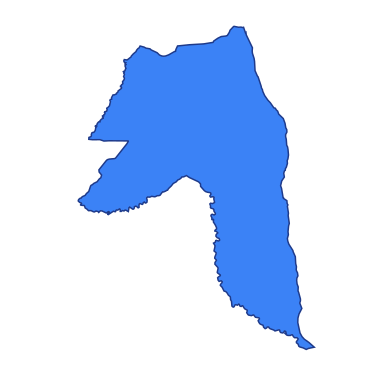 Lisala, Équateur, Democratic Republic of the Congo, rotated 267°
{"feature_id": "63176286B55618881730154", "entity_name": "Lisala", "entity_type": "district", "adm_level": 2, "iso_a3": "COD", "parent_name": "Democratic Republic of the Congo", "parent_adm1": "Équateur", "projection": "orthographic", "projection_center": [20.812, 2.549], "detail": "fine", "context": "isolated", "style": "filled", "palette": "blue", "viewbox_px": 384, "rotation_deg": 267, "n_neighbors": 0, "source": "geoboundaries", "source_scale": "gbopen_adm2", "svg_char_len": 6014}
<svg xmlns="http://www.w3.org/2000/svg" viewBox="0 0 384 384"><g transform="rotate(267 192 192)"><path d="M353.8,252.1L353.6,251.1L354.1,249.6L354.1,247.1L355.2,242.8L355.1,242.2L351.6,238.5L349.5,237.6L346.5,235.5L346.0,234.0L345.7,229.3L344.3,226.0L341.8,221.8L340.3,220.8L339.3,211.4L339.2,197.4L338.6,185.2L335.2,183.4L333.3,182.9L333.3,182.1L330.2,175.9L329.2,172.7L329.1,170.8L329.4,169.0L330.5,166.7L332.9,164.5L336.0,158.7L337.2,157.5L338.1,153.5L339.2,151.8L340.5,147.8L338.7,146.7L338.0,145.5L336.4,144.0L335.2,143.5L333.0,140.6L330.9,138.5L330.1,138.2L327.5,134.5L327.3,133.8L327.8,131.3L326.7,130.8L325.6,130.9L324.9,131.6L324.5,132.7L323.6,131.8L322.7,131.9L322.6,132.6L321.4,131.7L318.8,132.5L318.2,131.9L316.7,131.5L315.8,129.7L315.4,129.9L315.0,130.6L314.1,130.1L313.0,130.7L310.8,129.7L309.3,130.5L307.8,130.1L305.8,128.4L303.8,128.6L302.6,127.1L302.0,126.9L301.5,126.1L300.9,126.1L300.5,126.9L299.9,127.1L299.1,126.9L296.8,123.5L295.8,123.3L294.5,121.7L293.9,121.7L293.1,119.6L293.1,118.2L290.5,116.6L288.8,116.6L288.6,115.2L287.7,114.8L286.5,115.3L282.4,114.1L280.8,112.4L280.2,111.3L279.7,111.2L279.0,111.6L277.2,111.0L276.7,109.1L276.1,108.8L275.8,109.2L274.6,109.1L273.6,107.9L272.7,107.9L272.7,106.8L272.1,107.0L271.6,106.5L270.9,107.2L270.3,107.2L269.5,105.4L267.9,103.8L267.0,103.9L266.9,102.4L265.4,101.0L263.7,100.4L263.1,99.0L262.5,98.9L262.1,100.0L261.5,99.3L258.5,98.6L256.7,97.1L256.7,96.0L256.2,95.0L254.4,94.4L253.5,94.5L252.6,94.0L251.9,91.9L250.0,91.7L249.4,95.4L249.1,102.7L247.5,106.7L247.5,112.2L246.4,130.0L246.3,130.9L245.9,131.0L243.7,129.6L229.7,117.3L229.4,116.1L229.2,111.1L228.7,109.1L227.7,107.9L219.0,100.2L216.8,100.3L213.7,102.6L211.0,101.7L210.0,100.2L207.2,97.8L205.6,94.1L204.6,93.1L204.1,91.8L203.4,91.1L197.9,88.9L196.0,86.5L194.2,85.1L193.1,82.2L191.7,80.9L191.7,80.1L190.7,78.7L189.7,78.0L188.8,78.0L187.5,79.3L186.8,80.8L186.2,81.1L185.2,80.1L184.8,80.1L184.4,81.5L184.2,83.5L183.8,83.9L181.6,84.5L180.5,86.1L178.8,87.6L178.7,90.2L177.4,92.5L177.2,93.6L178.0,95.2L177.3,97.3L176.5,97.8L178.0,99.5L177.8,101.1L175.5,105.3L176.8,107.4L176.4,108.3L175.9,108.3L174.7,106.8L174.1,106.7L173.8,107.2L176.9,112.5L176.3,114.3L176.5,114.7L177.5,115.0L178.0,115.6L177.8,116.5L178.1,117.5L178.9,118.6L178.7,119.1L178.1,119.4L176.4,119.3L176.3,120.2L177.1,121.4L176.6,123.1L177.3,123.9L177.4,124.8L175.8,127.4L179.7,128.3L180.2,129.0L178.0,131.8L178.0,132.8L179.2,133.6L180.3,133.7L180.8,134.8L180.5,136.0L179.3,136.9L179.0,137.5L179.4,138.3L181.9,138.4L182.8,138.8L183.2,139.5L182.2,141.6L182.6,142.3L183.8,142.7L184.5,143.8L183.5,144.7L183.4,145.3L184.2,146.5L186.4,146.8L187.6,146.4L188.6,146.5L189.3,147.3L189.1,149.7L189.8,151.6L189.2,154.2L189.3,155.3L190.1,157.0L190.1,158.8L190.5,160.0L193.0,162.0L193.7,162.8L193.5,163.5L194.3,165.8L195.0,166.9L195.1,167.7L196.6,168.7L199.2,171.7L201.5,173.7L203.0,176.8L204.7,178.4L205.4,180.2L206.4,181.7L207.5,182.6L207.6,184.6L208.7,187.3L206.6,190.1L201.8,199.1L199.7,200.9L197.1,200.9L196.6,201.3L192.8,204.3L191.7,205.6L190.9,207.6L190.4,210.1L190.0,210.6L188.8,210.8L187.1,209.6L186.2,210.0L185.9,210.4L186.2,211.9L186.0,213.2L185.5,213.7L183.9,213.4L180.6,214.0L179.9,213.2L179.4,211.9L179.8,209.9L179.1,209.2L177.1,209.8L175.5,209.6L175.0,209.9L174.0,212.4L173.3,212.9L171.8,212.9L169.5,214.2L168.6,214.1L167.9,212.8L168.7,211.3L168.6,210.6L167.8,209.7L166.7,209.8L165.4,210.5L163.5,210.4L163.2,210.8L163.6,211.7L163.2,212.1L160.9,211.8L158.1,213.4L155.2,214.6L153.8,214.6L152.5,212.9L151.7,212.9L151.7,213.5L151.0,214.6L149.8,215.6L148.4,214.0L147.7,213.7L146.5,213.6L145.0,214.8L144.2,216.6L142.6,217.1L142.0,216.6L141.7,215.7L142.5,213.7L142.3,213.2L140.7,212.6L139.8,210.8L137.4,212.1L136.0,212.0L132.0,210.9L130.1,212.9L129.0,212.8L125.6,211.3L124.5,211.3L123.1,212.6L122.5,212.8L120.5,211.3L118.7,211.1L115.2,213.9L114.2,214.0L110.5,213.0L109.7,213.4L107.7,215.9L107.0,215.9L105.6,213.7L105.0,213.1L102.5,213.5L101.3,214.4L101.8,216.4L101.0,217.4L100.0,217.3L98.2,215.6L97.2,215.4L95.3,217.1L91.4,218.8L90.9,220.3L89.9,221.4L87.0,223.0L85.7,224.5L85.1,224.8L82.4,224.9L80.8,225.7L76.0,225.9L75.2,226.6L74.9,227.3L75.2,228.0L77.0,229.1L77.2,229.9L76.6,231.4L77.6,232.8L77.2,233.4L75.9,233.7L75.4,234.2L75.1,235.1L75.8,236.2L75.7,236.7L72.7,238.4L71.1,240.9L70.5,241.0L68.6,240.3L66.6,241.5L66.1,242.1L65.4,244.9L66.0,246.6L65.9,247.2L63.6,248.8L62.9,252.1L62.4,252.6L61.7,252.7L60.0,251.3L58.5,251.9L57.0,252.7L56.3,253.6L55.2,256.0L53.3,256.4L51.7,257.9L52.3,259.4L53.1,259.9L53.3,260.8L53.1,261.5L52.0,262.1L51.3,263.0L49.9,266.4L48.9,267.6L49.8,271.8L49.3,272.4L48.1,272.5L47.1,273.1L46.5,274.9L46.7,275.8L47.1,276.3L48.3,277.0L48.1,277.8L47.7,278.3L46.0,278.6L46.0,277.4L44.2,279.1L43.7,280.4L43.6,282.8L44.2,284.1L44.1,284.8L42.1,285.8L41.1,286.9L41.0,289.2L39.9,290.3L39.3,290.2L37.1,288.4L36.0,288.4L34.5,290.0L32.4,290.6L31.6,291.6L30.5,294.9L28.8,297.8L29.7,300.1L30.6,306.0L35.6,300.9L39.1,296.5L41.8,294.3L45.6,292.5L56.1,290.8L60.6,291.2L64.6,292.5L70.0,295.6L75.5,293.8L77.6,294.6L79.5,294.7L86.4,293.2L87.6,292.7L91.6,293.1L94.8,292.1L98.2,291.9L100.5,292.2L102.7,293.4L105.9,293.1L107.6,292.3L109.0,292.0L111.9,292.4L115.1,291.8L122.0,291.8L127.0,289.9L128.3,289.7L134.8,286.0L137.9,285.1L140.6,284.8L144.3,286.0L147.3,285.8L153.2,286.7L155.5,287.5L163.5,286.8L165.8,287.2L172.8,286.5L174.1,287.1L175.5,286.4L178.4,286.3L180.7,283.2L181.4,283.1L181.5,282.7L191.0,281.6L193.6,280.8L198.4,282.2L202.1,285.0L205.9,284.6L208.2,285.4L208.8,286.3L210.4,286.5L211.8,287.5L215.6,288.8L218.3,288.7L220.0,289.5L223.9,290.3L229.4,290.1L232.0,289.8L233.8,289.0L239.7,288.9L242.3,288.4L244.4,288.5L246.9,289.9L249.3,289.9L251.3,289.0L255.7,288.5L260.6,287.0L265.2,282.7L268.2,281.8L269.7,280.4L271.3,279.6L271.8,278.1L277.0,274.9L279.7,272.6L284.5,269.6L288.9,267.9L290.5,267.7L292.4,266.8L294.0,266.6L303.6,264.0L304.3,263.4L309.9,261.3L319.2,261.3L322.1,261.0L327.4,259.6L329.7,259.5L332.9,259.9L346.1,254.4L348.6,254.2L348.2,253.7L353.8,252.1Z" fill="#3b82f6" stroke="#1e3a8a" stroke-width="1.5"/></g></svg>